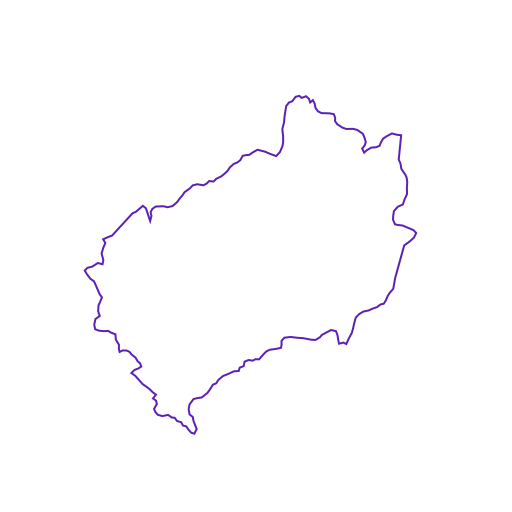 outline of Itirapina, São Paulo, Brazil, rotated 39°
{"feature_id": "56859067B43093187714346", "entity_name": "Itirapina", "entity_type": "district", "adm_level": 2, "iso_a3": "BRA", "parent_name": "Brazil", "parent_adm1": "São Paulo", "projection": "albers", "projection_center": [-47.835, -22.292], "detail": "fine", "context": "isolated", "style": "outline", "palette": "violet", "viewbox_px": 512, "rotation_deg": 39, "n_neighbors": 0, "source": "geoboundaries", "source_scale": "gbopen_adm2", "svg_char_len": 3165}
<svg xmlns="http://www.w3.org/2000/svg" viewBox="0 0 512 512"><g transform="rotate(39 256 256)"><path d="M292.8,70.8L289.4,73.0L284.5,75.2L282.2,80.7L280.9,84.9L281.6,89.1L282.7,92.6L280.7,96.1L277.3,99.3L275.5,104.2L275.0,107.6L270.9,105.7L270.9,101.6L269.6,98.4L266.3,96.0L262.2,93.8L255.4,94.3L251.4,96.1L246.3,100.4L242.6,101.8L236.2,102.5L232.5,101.4L230.6,98.8L227.2,96.8L223.3,98.9L220.7,100.9L217.0,103.7L213.1,104.6L209.1,103.5L205.6,100.6L202.1,99.1L201.5,102.6L198.3,100.5L194.3,100.4L192.0,104.4L188.9,104.3L186.6,107.3L186.8,112.9L185.0,116.1L185.1,120.4L188.3,126.1L190.9,130.4L193.8,134.7L196.6,140.8L201.8,146.0L205.6,150.6L207.4,153.9L209.2,160.1L208.8,165.7L202.2,167.9L197.7,169.1L194.2,170.7L190.3,172.5L188.3,177.5L187.1,181.7L184.8,183.8L182.6,186.5L183.5,191.4L182.6,195.1L180.8,198.3L179.9,203.4L180.3,207.8L179.8,211.8L178.8,216.2L176.5,221.1L176.2,224.8L172.4,227.3L172.1,230.7L170.6,234.2L165.2,237.2L162.4,240.9L162.0,245.2L160.3,251.5L160.7,255.1L160.5,259.0L160.8,263.9L159.7,269.8L156.5,273.8L152.7,275.6L150.2,277.8L146.9,280.7L145.8,284.6L146.5,288.3L149.5,290.6L151.7,295.4L140.4,288.2L136.5,288.2L134.8,297.5L133.2,300.3L132.9,304.8L131.3,330.7L129.4,333.9L126.7,339.2L130.7,340.7L132.1,345.6L134.4,351.2L140.0,355.3L141.9,359.0L137.5,361.0L135.4,367.3L132.5,371.2L132.0,375.0L135.9,376.5L141.6,377.9L146.0,377.6L149.8,379.5L158.6,384.1L162.3,385.1L163.4,388.7L164.7,393.5L168.0,398.2L172.3,400.9L170.9,406.0L173.5,411.2L177.1,414.1L180.9,412.9L184.9,410.3L188.3,407.2L191.5,406.8L196.0,405.3L199.7,409.2L205.3,411.2L207.9,414.5L210.4,416.4L211.8,413.3L214.9,410.9L217.9,410.1L221.1,410.8L226.3,410.8L230.4,412.3L233.3,412.3L236.4,414.1L235.4,417.3L233.3,421.0L232.8,425.4L237.7,425.1L241.9,425.8L248.3,426.9L256.5,426.4L261.9,426.9L265.5,426.7L265.6,431.5L269.3,431.3L272.1,433.4L273.0,439.0L276.1,440.6L279.6,441.2L284.0,439.3L287.7,434.8L292.1,434.5L294.7,432.9L298.3,433.9L302.6,432.3L305.9,433.7L309.1,432.3L313.1,433.5L316.9,434.1L319.9,432.9L318.8,427.8L314.5,425.4L311.2,423.5L308.2,420.9L304.0,420.9L300.0,417.3L297.7,413.1L297.5,406.5L299.5,403.7L302.9,400.0L303.6,396.6L304.4,393.1L304.2,388.8L303.5,383.1L305.2,380.0L304.7,376.0L305.9,370.0L308.7,365.0L311.4,359.5L314.9,356.3L313.6,353.0L315.7,349.3L313.6,345.2L315.7,341.5L319.3,339.4L320.6,336.5L323.4,334.4L323.7,327.3L324.0,324.0L325.5,320.4L330.1,315.5L333.2,311.6L331.6,308.7L329.3,306.0L329.4,301.7L333.9,297.1L339.2,293.8L344.0,290.4L346.9,288.8L351.8,286.2L355.1,283.7L356.8,279.1L356.9,275.8L359.2,270.3L361.0,266.2L365.4,264.1L369.1,266.2L373.1,269.8L375.7,271.9L378.4,268.3L381.6,267.6L380.3,262.9L378.8,255.3L376.9,251.0L374.3,245.7L372.3,241.1L372.7,236.3L374.3,231.8L377.8,227.4L380.0,223.1L382.2,219.6L383.3,215.2L385.3,212.7L384.8,208.6L383.5,204.1L383.1,200.5L383.3,195.1L377.9,185.3L364.5,154.5L366.0,149.2L367.2,142.4L366.0,137.3L362.2,136.8L358.8,137.7L355.1,138.8L350.6,140.1L347.1,142.4L344.1,143.9L339.7,141.6L337.4,138.5L334.9,134.3L335.2,128.5L337.7,123.5L335.9,118.8L334.4,112.8L330.3,108.0L326.9,103.2L323.6,100.2L320.8,98.8L317.3,97.8L314.1,96.8L310.2,93.3L306.2,91.2L292.8,70.8Z" fill="none" stroke="#5b21b6" stroke-width="2"/></g></svg>